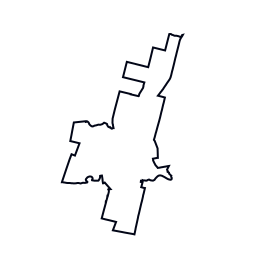 the district of Slobozia, Ialomita, Romania, rotated 13°
{"feature_id": "2599482B59701946957193", "entity_name": "Slobozia", "entity_type": "district", "adm_level": 2, "iso_a3": "ROU", "parent_name": "Romania", "parent_adm1": "Ialomita", "projection": "natural_earth1", "projection_center": [27.382, 44.608], "detail": "fine", "context": "isolated", "style": "outline", "palette": "ink", "viewbox_px": 256, "rotation_deg": 13, "n_neighbors": 0, "source": "geoboundaries", "source_scale": "gbopen_adm2", "svg_char_len": 5591}
<svg xmlns="http://www.w3.org/2000/svg" viewBox="0 0 256 256"><g transform="rotate(13 128 128)"><path d="M75.8,195.7L76.2,195.6L76.4,195.5L76.8,195.5L77.0,195.5L77.8,195.5L78.3,195.4L78.7,195.4L80.6,195.3L81.4,195.2L82.0,195.1L82.6,194.9L83.1,194.8L83.7,194.7L85.6,194.5L86.4,194.3L87.4,194.2L89.1,193.8L90.4,193.3L90.7,193.1L92.2,192.7L92.6,192.7L93.4,192.7L93.7,192.7L94.2,192.7L94.4,192.7L95.0,192.3L95.3,192.1L95.7,191.9L96.0,191.7L96.4,191.5L96.7,191.4L97.2,191.4L98.6,191.1L99.3,190.8L100.1,190.4L100.4,190.3L100.6,189.8L100.6,189.7L100.3,189.4L100.1,189.3L99.9,189.2L99.2,188.9L98.9,188.5L98.7,188.2L98.5,187.7L98.6,187.1L99.2,185.9L99.4,185.6L99.5,185.3L100.0,184.8L100.3,184.6L100.9,184.2L101.4,183.9L101.7,183.8L102.1,183.7L102.6,183.7L103.0,183.7L103.4,183.7L103.8,183.9L104.2,184.2L104.6,184.6L104.8,184.9L104.9,185.3L104.9,185.6L104.8,185.9L104.7,186.2L104.6,186.8L104.7,187.0L105.3,187.0L106.2,186.9L107.1,186.9L107.8,186.7L110.9,186.0L111.1,185.8L111.6,184.4L111.8,183.4L111.9,182.6L111.8,182.0L111.6,180.9L112.4,180.5L113.3,180.2L114.7,183.7L114.9,184.4L115.4,185.9L116.1,187.5L116.4,187.4L116.5,187.4L116.8,187.2L117.1,186.9L117.6,186.4L124.7,191.5L124.1,191.7L123.2,191.5L122.6,192.2L122.8,192.4L123.1,192.9L123.5,193.5L123.6,194.1L123.7,194.7L123.6,198.6L123.2,198.6L123.2,198.9L123.3,199.1L123.3,199.5L123.5,199.5L123.3,203.8L123.0,204.0L122.9,204.1L123.0,205.2L123.3,205.3L123.0,212.7L122.8,219.2L122.7,222.0L123.3,222.0L126.4,222.1L129.8,222.1L130.9,222.1L137.5,222.2L136.3,231.1L143.3,230.8L145.4,230.7L148.6,230.6L156.3,230.2L158.2,230.2L158.1,225.5L158.0,223.4L158.0,221.0L157.9,213.2L157.8,211.6L157.9,209.1L157.9,205.4L157.9,204.6L157.9,202.0L157.9,200.4L157.9,198.4L158.0,196.4L158.0,194.1L158.0,193.3L158.0,191.7L157.9,190.0L158.0,188.5L158.0,185.4L158.0,184.2L158.0,182.7L156.7,182.8L154.2,182.7L154.3,180.9L154.4,177.8L152.6,177.7L152.5,176.5L154.0,176.4L153.9,175.5L154.9,175.6L155.2,175.6L155.7,175.4L156.4,175.3L156.8,175.3L157.2,175.3L157.5,175.3L157.8,175.1L158.4,174.8L158.8,174.3L159.4,173.9L159.7,173.7L160.2,173.5L161.2,173.8L162.0,173.9L163.0,173.8L163.3,173.8L163.8,173.7L164.3,173.6L164.6,173.3L165.0,173.0L165.3,172.8L165.5,172.6L166.0,171.2L166.5,170.3L167.3,169.0L167.7,168.4L168.2,167.9L168.5,167.6L168.8,167.4L169.3,167.2L169.8,167.0L170.3,166.9L171.1,166.9L171.7,166.9L172.4,167.0L173.3,167.3L173.8,167.4L174.6,167.6L176.1,168.1L177.7,168.6L178.5,168.8L179.4,168.9L180.4,168.9L180.9,168.9L181.1,168.8L181.3,168.7L181.8,168.4L181.9,168.2L182.0,167.8L181.9,167.5L181.9,166.9L181.6,166.5L181.4,166.3L181.2,166.0L180.8,165.2L180.7,164.9L180.8,164.7L180.4,164.5L179.1,163.7L178.8,163.5L178.4,163.3L178.0,162.3L177.4,162.1L176.9,162.0L176.5,161.8L176.7,161.4L175.4,159.8L176.4,155.8L175.4,156.2L173.1,157.2L172.9,157.3L172.1,157.6L170.3,158.4L169.3,158.8L167.8,159.5L166.0,160.2L165.9,160.1L165.2,159.5L163.7,158.4L163.3,158.2L162.1,156.8L161.3,155.9L159.8,154.0L159.6,153.3L159.5,152.9L159.2,152.3L160.6,151.7L163.1,150.6L163.8,150.4L162.3,144.6L161.5,141.6L161.4,141.2L161.2,140.9L157.9,136.0L157.2,135.0L157.0,134.7L156.8,134.4L156.6,134.3L156.2,134.0L156.1,133.9L155.9,133.7L156.1,130.9L156.2,126.6L156.3,125.6L156.5,120.0L156.8,113.8L156.8,113.5L156.9,110.4L156.9,108.7L156.9,107.2L156.9,105.3L157.0,102.7L157.0,101.1L157.0,97.5L157.1,95.3L157.1,90.0L155.0,89.9L150.6,89.8L149.9,89.8L150.7,88.1L151.2,87.0L151.8,85.6L152.4,84.5L152.8,83.4L153.1,82.9L153.5,82.0L153.8,81.0L154.0,80.5L154.5,79.2L154.8,78.5L154.9,78.1L155.1,77.8L155.3,77.2L155.4,76.8L155.7,76.1L156.2,74.7L156.4,74.3L157.5,71.5L157.8,70.6L158.0,69.5L158.1,68.9L158.1,68.2L158.2,67.1L158.2,66.3L158.2,65.2L158.2,64.5L158.2,63.7L158.2,63.1L158.3,61.1L158.4,54.6L158.4,49.0L158.5,46.8L158.5,44.6L158.5,44.2L158.7,35.4L158.7,35.2L158.7,31.8L158.8,31.0L158.8,30.5L158.9,30.0L159.0,29.6L159.1,29.2L159.2,28.7L160.2,26.0L160.3,25.6L160.5,24.9L160.1,25.1L159.8,25.3L159.7,25.6L159.5,26.5L159.4,26.8L159.1,27.1L158.8,27.3L158.6,27.4L158.3,27.5L158.2,27.5L156.8,27.2L155.3,27.2L154.4,27.2L153.3,27.5L153.1,27.5L152.7,27.6L152.2,27.6L151.9,27.5L151.6,27.4L150.7,27.3L150.3,27.3L150.0,27.3L149.8,27.3L149.5,27.1L149.3,27.0L148.9,26.9L148.6,26.8L148.4,26.9L148.2,26.9L147.9,27.0L147.7,27.0L147.1,27.2L146.7,44.1L134.3,43.9L134.2,54.7L134.0,64.2L112.0,63.8L111.7,79.6L133.7,79.9L133.7,80.2L133.6,80.5L133.5,83.3L133.6,83.5L133.7,84.2L133.6,84.5L133.7,85.4L133.6,85.7L131.4,92.1L131.3,94.4L131.3,94.5L131.2,94.6L126.4,94.6L123.9,94.6L123.1,94.6L123.1,94.3L113.0,94.2L111.6,94.2L111.4,100.2L111.4,100.4L111.0,113.0L110.9,121.8L110.9,122.4L111.7,126.4L112.2,127.6L112.4,127.8L112.6,128.2L112.8,128.9L113.0,129.4L113.6,130.6L113.9,131.3L113.3,131.4L113.2,131.7L112.9,132.0L112.4,132.3L112.2,132.3L111.8,132.2L111.5,131.9L111.1,131.6L110.9,131.5L110.7,131.4L110.7,131.7L109.6,131.5L108.7,131.3L108.3,131.1L108.0,130.8L107.6,130.4L107.3,130.1L107.2,130.0L107.0,129.6L106.8,129.0L106.6,128.8L105.9,128.6L105.3,128.5L103.7,128.2L103.4,128.3L103.1,128.7L102.9,129.1L102.1,130.0L101.1,130.6L100.4,131.0L100.2,131.1L99.7,131.2L99.0,131.3L98.4,131.4L98.2,131.5L97.7,131.8L97.0,132.2L96.7,132.4L95.9,132.8L94.9,133.2L94.7,133.3L94.0,134.0L93.6,134.2L93.4,134.3L93.2,134.3L92.9,134.5L92.7,134.5L92.3,134.5L92.0,134.4L91.9,134.4L91.5,134.2L91.2,134.1L90.8,133.9L89.5,133.1L89.3,132.8L89.1,132.4L88.5,131.7L88.2,131.4L87.8,131.2L87.3,130.9L87.0,130.8L86.6,130.7L86.4,130.7L86.2,130.7L86.1,130.8L86.3,131.2L85.4,131.6L85.0,131.0L74.0,134.8L74.3,143.2L74.5,147.5L74.7,153.7L84.2,153.8L82.5,166.8L78.9,166.3L78.2,171.3L77.1,182.0L75.8,195.5L75.8,195.7Z" fill="none" stroke="#020617" stroke-width="2"/></g></svg>